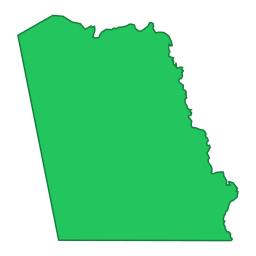 the district of Tyler, Texas, United States of America
{"feature_id": "52423323B76755657103328", "entity_name": "Tyler", "entity_type": "district", "adm_level": 2, "iso_a3": "USA", "parent_name": "United States of America", "parent_adm1": "Texas", "projection": "mercator", "projection_center": [-94.213, 30.792], "detail": "fine", "context": "isolated", "style": "filled", "palette": "green", "viewbox_px": 256, "rotation_deg": 0, "n_neighbors": 0, "source": "geoboundaries", "source_scale": "gbopen_adm2", "svg_char_len": 2383}
<svg xmlns="http://www.w3.org/2000/svg" viewBox="0 0 256 256"><path d="M52.8,15.4L17.9,35.3L58.7,240.2L230.8,240.6L231.8,240.0L232.2,238.8L230.4,237.2L230.5,233.5L228.4,231.7L227.0,232.0L225.6,229.3L225.2,227.3L224.0,224.8L223.4,222.3L224.3,222.3L224.7,221.2L223.2,219.7L224.1,215.9L225.4,213.8L225.8,211.4L227.5,210.5L228.6,206.1L229.6,203.2L230.8,201.3L233.0,200.6L235.7,198.3L237.0,197.3L237.3,196.5L237.3,194.8L238.1,191.8L236.6,190.6L236.4,191.1L236.2,191.2L236.6,189.2L237.5,188.8L236.9,187.5L235.2,185.6L233.2,183.0L230.6,182.0L228.9,181.5L228.6,182.3L229.3,183.7L230.0,185.0L228.9,184.9L227.1,184.8L226.6,185.2L226.3,183.3L226.7,180.6L223.9,176.2L223.7,174.3L223.2,172.1L221.5,171.9L217.2,172.3L213.0,173.8L211.1,172.9L211.9,171.1L212.0,168.7L210.6,165.4L208.4,162.7L208.1,160.0L209.3,157.8L207.0,153.1L209.3,149.2L210.2,147.3L209.4,145.3L208.5,145.6L206.9,145.0L206.7,142.6L208.3,140.8L207.3,137.9L206.2,137.3L205.4,135.7L206.0,134.9L205.6,132.7L203.6,130.3L199.6,129.4L195.6,127.8L192.2,127.4L191.3,125.7L191.0,123.9L191.8,121.1L191.3,120.6L189.8,118.2L188.7,117.9L188.4,116.0L190.8,115.3L191.3,114.5L191.5,112.3L190.3,112.1L190.3,110.4L191.0,109.9L189.1,109.5L187.2,107.9L187.2,106.4L184.9,102.4L185.2,100.3L184.8,99.0L186.6,98.0L186.1,95.8L186.2,94.4L185.3,94.0L185.6,93.0L186.3,92.6L185.5,90.6L184.2,90.0L182.8,88.8L183.3,87.2L183.2,85.2L181.3,83.8L179.5,82.7L178.8,80.9L179.1,79.6L180.6,78.3L181.1,78.6L181.9,77.4L182.5,75.9L181.8,72.8L183.2,71.2L183.1,70.3L182.2,70.1L181.9,68.6L182.5,67.7L181.7,67.2L180.0,67.2L178.2,68.1L176.5,67.6L176.4,66.3L176.2,64.1L176.0,62.8L175.4,64.6L175.0,65.7L173.9,64.9L173.4,63.7L173.2,62.4L173.8,62.0L173.4,60.9L172.7,61.0L172.2,60.0L173.0,59.0L173.4,57.8L171.5,57.4L168.7,56.0L168.9,53.3L169.9,51.7L168.6,48.7L168.7,45.1L169.1,44.4L169.7,44.2L170.1,45.6L171.2,46.0L172.2,45.4L171.4,41.8L169.4,37.4L168.1,35.4L163.9,32.5L158.8,32.2L155.9,32.9L152.9,28.6L153.5,26.2L153.2,23.6L151.8,22.9L149.6,22.6L148.4,25.7L142.4,30.4L139.9,31.4L136.9,29.8L135.2,28.1L134.4,25.1L132.2,24.3L129.7,24.1L128.1,25.1L125.9,26.2L121.2,27.2L119.0,27.1L116.7,28.6L113.8,28.1L111.7,29.7L106.3,29.3L101.8,32.1L100.6,33.9L99.6,34.8L99.8,34.7L99.7,35.6L98.8,37.6L95.5,38.1L92.9,36.8L93.4,35.1L94.9,30.3L94.5,26.3L92.9,27.0L91.1,27.1L90.4,26.8L90.6,26.2L85.2,29.3L80.3,23.7L72.0,22.0L63.0,16.3L52.8,15.4Z" fill="#22c55e" stroke="#15803d" stroke-width="1.5"/></svg>